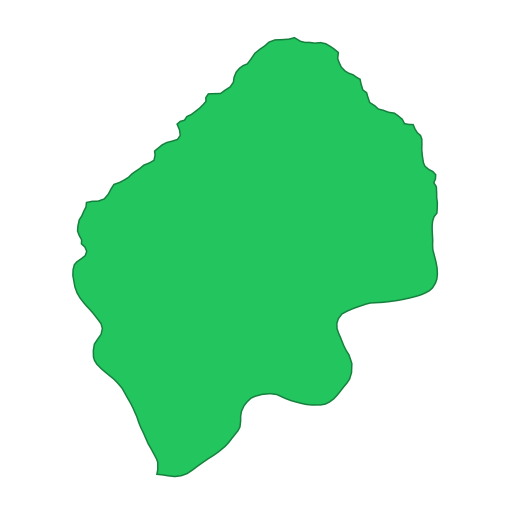 Cristais, Minas Gerais, Brazil (Robinson projection), rotated 267°
{"feature_id": "56859067B19723843518718", "entity_name": "Cristais", "entity_type": "district", "adm_level": 2, "iso_a3": "BRA", "parent_name": "Brazil", "parent_adm1": "Minas Gerais", "projection": "robinson", "projection_center": [-45.56, -20.812], "detail": "fine", "context": "isolated", "style": "filled", "palette": "green", "viewbox_px": 512, "rotation_deg": 267, "n_neighbors": 0, "source": "geoboundaries", "source_scale": "gbopen_adm2", "svg_char_len": 3185}
<svg xmlns="http://www.w3.org/2000/svg" viewBox="0 0 512 512"><g transform="rotate(267 256 256)"><path d="M427.0,369.2L429.2,365.8L431.9,362.4L433.7,358.1L436.0,354.7L440.1,351.1L444.4,349.3L448.9,347.9L454.9,348.9L458.9,344.5L461.4,341.2L464.3,336.8L465.7,331.7L465.5,325.8L466.5,320.6L466.7,316.2L468.1,311.6L472.0,305.8L470.8,300.1L470.7,293.5L470.8,286.3L468.9,280.2L465.2,275.5L462.3,270.7L458.5,265.5L453.1,261.4L448.3,257.4L446.8,253.1L444.4,249.4L440.6,245.8L435.7,243.5L430.7,242.5L426.2,239.1L423.3,233.9L420.1,229.1L420.3,222.9L420.4,216.9L416.8,214.2L413.0,214.1L409.6,210.8L406.5,207.3L403.1,202.4L400.6,198.7L398.9,194.3L395.3,191.6L394.4,187.4L391.8,184.1L386.0,186.2L380.4,186.7L376.5,183.7L375.1,178.3L374.0,172.9L371.9,168.1L368.7,163.8L366.1,160.2L361.9,160.5L356.9,159.1L354.6,154.6L352.6,148.7L349.3,144.3L346.6,139.7L344.4,136.3L341.3,132.9L338.9,128.6L336.6,123.7L334.9,117.9L330.8,114.9L325.4,111.7L320.9,107.4L319.0,101.0L319.2,95.4L318.3,89.5L313.9,88.8L309.6,86.3L305.1,84.1L301.4,81.4L295.5,79.8L290.3,79.1L285.8,80.5L281.3,82.7L277.3,82.3L273.9,85.6L269.5,87.2L265.3,85.5L262.3,81.2L259.5,76.7L256.7,74.1L251.9,72.6L246.0,72.1L240.5,72.8L234.8,73.5L228.7,75.3L223.3,78.1L218.8,81.2L214.7,84.3L211.6,87.0L207.8,90.0L203.7,92.9L199.6,95.7L196.5,97.7L191.7,98.8L185.9,97.2L181.6,93.8L176.5,90.0L170.2,88.6L163.7,88.4L160.1,89.3L156.3,91.4L151.5,95.6L147.0,100.4L143.8,103.9L140.7,107.4L137.0,110.7L133.7,113.3L130.7,115.5L127.1,117.3L121.9,119.8L116.1,122.8L110.7,125.2L105.9,127.0L101.7,128.6L95.9,130.2L90.2,132.2L85.3,134.3L79.4,136.5L74.1,138.5L69.3,141.0L63.6,143.7L58.7,146.0L55.0,147.1L47.7,146.7L43.2,145.6L42.4,150.8L41.0,157.3L40.0,163.4L40.5,169.8L42.3,175.8L45.5,181.2L48.9,186.2L51.8,190.7L56.1,197.7L59.3,203.4L62.3,208.2L64.9,211.7L67.7,215.4L71.4,219.2L75.1,222.3L78.7,225.5L82.5,228.9L86.1,231.0L91.9,232.0L97.0,232.3L101.8,233.4L107.1,236.2L110.8,239.5L114.3,243.5L116.0,247.9L117.5,254.9L117.8,263.0L116.6,269.5L114.5,273.5L112.1,278.1L109.8,283.3L107.9,289.0L106.4,293.7L105.1,298.5L104.3,303.9L104.1,308.4L103.9,312.7L104.5,317.5L106.4,321.8L109.2,326.0L112.5,329.5L116.5,333.1L120.8,336.8L124.3,340.1L128.2,343.0L134.6,345.3L143.5,346.1L148.4,344.8L152.5,343.6L157.1,341.0L162.0,338.9L166.1,337.5L170.5,336.0L174.7,334.4L179.3,333.1L184.4,333.2L189.0,334.9L193.6,338.7L196.2,344.2L198.6,350.7L200.6,357.6L202.2,363.3L203.1,367.8L203.1,373.7L203.1,379.8L203.5,386.8L204.1,394.1L204.9,400.4L205.7,405.1L206.6,410.1L207.7,415.3L208.8,419.3L210.4,423.5L212.3,427.4L214.9,430.6L219.6,433.8L223.5,435.4L228.6,436.2L234.7,436.2L241.3,435.3L247.7,434.0L253.0,432.9L257.2,432.9L262.4,433.3L267.8,433.3L273.4,433.3L277.9,433.6L281.9,434.3L285.8,435.8L289.4,438.9L294.5,439.5L299.8,439.9L304.7,439.5L309.5,439.7L315.8,439.7L319.8,437.4L323.5,439.2L327.8,439.7L331.1,437.0L333.5,432.9L336.8,429.4L340.3,428.1L347.0,427.4L353.4,427.1L358.7,427.5L364.1,427.7L367.7,426.6L370.6,423.6L374.5,421.4L379.0,419.8L379.4,415.4L380.4,411.2L384.9,409.2L388.7,405.1L391.4,401.7L392.6,395.9L394.9,390.6L396.3,385.9L399.8,382.5L403.3,377.6L409.3,375.9L413.3,375.0L416.2,371.4L422.3,369.9L427.0,369.2Z" fill="#22c55e" stroke="#15803d" stroke-width="1.5"/></g></svg>